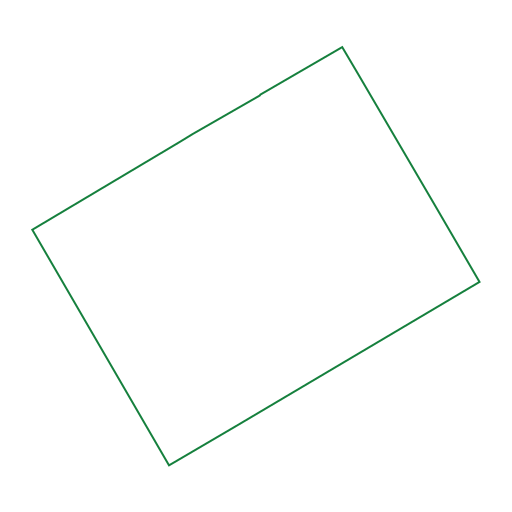 Rush, Indiana, United States of America (Equal Earth projection), rotated 60°
{"feature_id": "52423323B39033291847900", "entity_name": "Rush", "entity_type": "district", "adm_level": 2, "iso_a3": "USA", "parent_name": "United States of America", "parent_adm1": "Indiana", "projection": "equal_earth", "projection_center": [-85.493, 39.62], "detail": "fine", "context": "isolated", "style": "outline", "palette": "green", "viewbox_px": 512, "rotation_deg": 60, "n_neighbors": 0, "source": "geoboundaries", "source_scale": "gbopen_adm2", "svg_char_len": 317}
<svg xmlns="http://www.w3.org/2000/svg" viewBox="0 0 512 512"><g transform="rotate(60 256 256)"><path d="M393.8,436.0L393.3,358.0L390.2,75.4L302.0,75.7L148.2,76.6L118.2,76.9L118.4,171.5L118.9,172.5L118.7,249.9L119.1,265.6L121.4,436.6L298.5,436.2L393.8,436.0Z" fill="none" stroke="#15803d" stroke-width="2"/></g></svg>